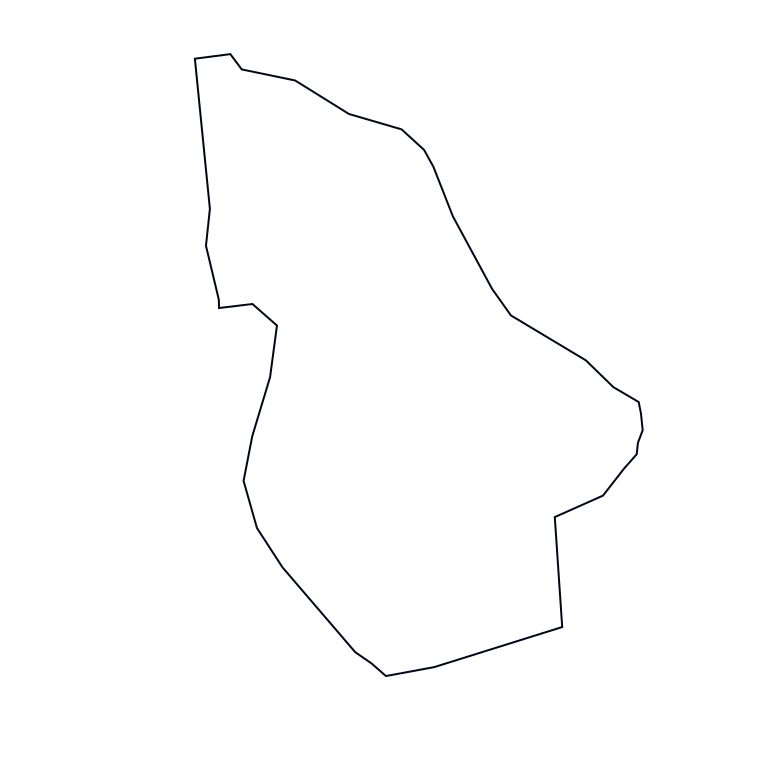 map outline of Loški Potok (Natural Earth projection), rotated 14°
{"feature_id": "SVN-965", "entity_name": "Loški Potok", "entity_type": "Municipality", "adm_level": 1, "iso_a3": "SVN", "parent_name": "Slovenia", "parent_adm1": "", "projection": "natural_earth1", "projection_center": [14.641, 45.654], "detail": "fine", "context": "isolated", "style": "outline", "palette": "ink", "viewbox_px": 768, "rotation_deg": 14, "n_neighbors": 0, "source": "natural_earth", "source_scale": "10m", "svg_char_len": 633}
<svg xmlns="http://www.w3.org/2000/svg" viewBox="0 0 768 768"><g transform="rotate(14 384 384)"><path d="M456.5,666.9L439.6,658.2L421.0,651.2L329.9,586.5L295.6,554.5L271.2,512.0L268.8,466.6L271.8,404.9L266.0,353.2L237.0,338.2L205.5,350.2L205.2,348.9L203.3,342.1L177.8,292.9L172.7,256.2L121.8,114.1L155.1,101.1L169.9,113.2L224.3,111.0L284.7,130.5L339.5,132.7L366.3,147.2L379.4,161.3L410.3,204.7L465.8,265.5L490.6,286.8L574.1,312.2L607.4,331.6L635.5,339.9L640.4,350.3L646.2,366.3L644.6,379.5L646.2,391.0L637.2,408.4L623.5,439.3L581.9,471.8L615.7,576.7L501.3,646.5L456.5,666.9Z" fill="none" stroke="#020617" stroke-width="2"/></g></svg>